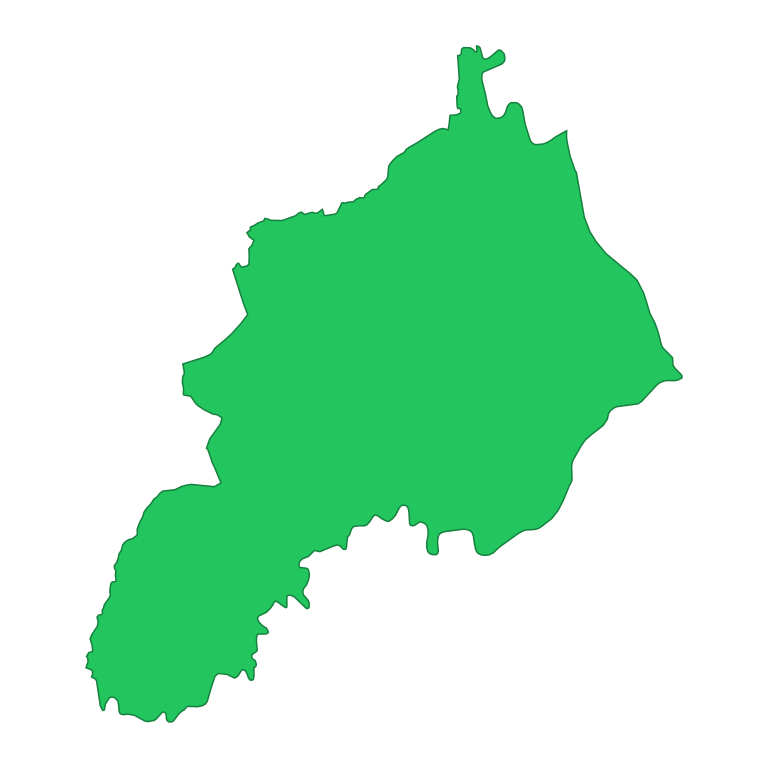 Dong Ha, Quảng Trị, Vietnam
{"feature_id": "81297802B80628180194499", "entity_name": "Dong Ha", "entity_type": "district", "adm_level": 2, "iso_a3": "VNM", "parent_name": "Vietnam", "parent_adm1": "Quảng Trị", "projection": "robinson", "projection_center": [107.071, 16.803], "detail": "fine", "context": "isolated", "style": "filled", "palette": "green", "viewbox_px": 768, "rotation_deg": 0, "n_neighbors": 0, "source": "geoboundaries", "source_scale": "gbopen_adm2", "svg_char_len": 6070}
<svg xmlns="http://www.w3.org/2000/svg" viewBox="0 0 768 768"><path d="M91.5,677.0L95.5,679.0L96.6,681.2L100.3,705.8L102.7,710.5L104.4,709.9L105.5,703.8L109.4,697.8L111.3,697.1L113.3,697.1L115.6,698.5L117.9,700.9L118.7,705.3L119.0,710.6L119.8,713.2L121.3,714.2L123.3,714.6L128.4,714.2L134.7,715.4L144.9,721.1L147.9,721.6L154.2,720.4L156.2,719.0L162.4,712.2L163.7,712.0L165.4,712.9L166.3,715.1L166.3,718.3L167.1,720.6L168.8,721.9L171.6,721.9L173.5,720.9L179.2,713.4L181.9,711.2L184.3,709.8L186.0,707.6L187.6,706.4L197.5,706.7L202.4,705.7L205.5,703.8L207.3,701.3L210.7,689.3L214.9,676.5L217.8,673.7L219.8,673.6L227.1,674.4L234.5,678.0L236.2,677.3L238.1,675.8L241.6,670.2L242.9,669.6L245.3,670.8L246.9,673.4L248.6,678.2L250.1,680.1L252.5,680.1L253.4,679.2L254.0,675.6L253.9,667.9L254.6,667.1L255.3,666.9L256.1,665.7L256.3,664.4L255.6,661.6L254.9,660.3L253.2,659.4L251.9,657.7L251.6,655.5L253.3,653.6L256.6,651.4L257.2,650.2L256.5,642.1L256.5,638.0L257.0,635.3L258.0,634.1L266.4,633.9L268.0,632.9L268.3,632.1L267.6,630.0L266.3,628.1L262.4,625.7L258.5,621.5L257.6,618.7L257.7,617.5L258.7,616.0L266.3,612.4L270.4,608.3L273.0,604.7L274.2,602.0L275.5,601.3L277.5,601.8L282.8,605.9L285.5,607.6L286.2,607.6L286.8,607.1L286.9,605.6L286.8,596.4L287.9,595.3L290.8,595.3L294.2,596.7L306.4,608.5L308.1,608.5L309.1,607.3L309.2,603.0L308.1,600.3L303.8,595.3L303.0,593.5L302.9,591.1L303.8,588.3L306.5,584.9L308.4,580.3L309.3,576.5L309.3,573.6L308.7,570.9L307.8,569.0L306.8,568.3L300.3,567.5L299.3,566.5L298.8,565.1L299.6,561.8L301.0,560.0L302.5,558.8L308.5,556.4L314.2,550.7L315.8,550.6L317.8,551.4L320.1,551.6L332.8,546.3L337.4,544.9L339.8,545.8L343.3,549.2L345.5,549.4L346.3,548.2L347.4,537.3L349.4,535.0L351.6,528.9L352.8,527.2L354.4,526.3L358.9,525.8L364.6,525.8L366.9,524.8L369.4,522.1L373.4,516.1L375.0,515.0L377.6,515.6L381.6,518.6L384.8,520.3L387.5,521.4L389.3,521.0L392.4,518.8L395.4,515.4L398.9,508.6L400.9,505.8L402.3,505.3L405.3,505.3L406.8,506.2L408.2,508.2L409.0,512.8L409.6,523.3L410.4,525.3L412.2,525.8L414.7,525.3L419.3,522.1L421.6,522.1L425.2,523.8L427.0,526.0L428.1,530.1L428.1,534.9L426.7,542.9L426.7,547.5L427.8,551.6L430.1,553.9L433.3,554.7L436.4,554.6L437.7,553.4L438.3,551.1L437.5,541.4L438.0,537.5L439.1,534.4L441.1,532.9L444.4,531.7L464.1,529.1L467.7,529.8L470.6,531.0L472.1,532.7L473.4,536.1L474.5,544.0L475.7,549.6L477.2,552.5L479.1,553.9L481.9,555.1L485.8,555.3L489.3,554.8L493.5,552.7L499.2,547.2L517.7,533.9L522.9,530.9L526.0,530.0L534.3,529.5L538.3,528.5L541.8,526.3L551.9,518.4L557.9,510.7L563.0,501.1L569.0,486.5L571.7,481.3L572.0,478.6L571.6,466.3L572.4,461.8L573.4,459.5L581.6,445.1L585.6,439.6L591.5,434.5L603.1,425.5L607.3,419.3L608.6,413.4L610.5,410.6L613.7,408.1L616.8,406.7L638.1,403.8L641.6,401.4L657.2,384.6L660.3,382.4L664.4,380.9L668.4,380.5L674.8,380.7L678.8,379.7L682.0,377.8L681.9,375.8L681.1,374.5L675.4,368.8L673.0,365.3L672.5,357.6L663.2,348.3L661.9,346.1L660.6,342.3L659.8,338.2L657.8,331.2L655.0,323.3L650.1,313.7L643.7,293.2L637.1,280.2L630.8,274.2L606.0,253.6L596.0,241.5L590.0,231.9L584.3,217.2L576.4,172.6L574.9,169.9L570.1,156.2L567.2,142.3L566.5,136.9L566.6,130.7L556.0,136.6L549.8,141.0L546.7,142.7L543.1,144.0L536.5,144.6L534.3,144.3L532.2,143.0L530.4,140.8L525.2,124.3L522.7,110.5L521.6,106.9L518.9,104.0L516.5,102.7L511.0,102.7L509.1,104.2L507.5,106.2L505.4,112.7L503.5,115.8L501.2,117.4L498.4,118.2L495.4,118.2L492.4,115.8L490.3,112.2L487.8,106.1L485.6,94.9L481.9,80.0L481.8,75.5L482.1,74.0L483.2,72.1L501.6,64.1L503.6,62.4L504.8,60.1L504.8,56.9L504.1,53.8L500.8,50.4L499.5,50.0L498.3,50.2L490.4,56.9L487.4,58.7L484.8,59.1L483.7,58.7L482.7,57.5L480.0,47.6L478.1,46.1L476.5,46.1L476.9,51.1L476.3,52.1L474.9,51.7L474.0,50.1L470.2,47.8L463.7,47.6L462.1,48.6L461.4,50.0L461.2,53.9L459.5,55.5L457.7,55.6L459.3,79.2L457.6,85.5L457.5,87.6L458.2,90.7L458.0,94.4L457.8,95.3L456.7,96.2L457.1,105.8L457.6,108.0L457.9,108.5L460.4,108.6L460.8,111.5L460.5,113.0L457.1,114.6L455.3,115.0L450.4,115.2L449.9,116.0L449.2,123.6L448.1,129.8L443.1,128.5L439.3,129.2L434.6,131.5L416.9,142.9L408.8,147.5L406.4,149.4L403.9,152.7L397.1,156.3L393.2,160.1L390.1,163.8L388.7,166.3L387.7,177.1L387.0,178.6L386.1,180.0L380.5,185.2L378.5,186.5L377.9,188.9L376.8,189.4L373.2,189.4L371.8,189.9L365.3,194.6L364.3,197.6L361.6,198.0L359.5,197.6L355.5,199.7L354.7,200.8L352.9,201.8L347.3,202.3L345.0,203.3L342.9,202.6L341.5,203.2L340.9,205.1L336.9,213.0L335.2,214.1L325.4,215.6L323.9,215.4L323.4,212.1L322.3,209.3L318.1,212.6L316.7,213.2L315.0,213.2L311.9,212.3L304.5,214.5L302.0,212.4L300.6,212.2L298.5,213.3L295.9,215.6L282.3,220.5L270.6,220.3L268.1,219.1L264.7,218.5L263.7,220.9L258.1,222.9L254.3,225.4L250.6,227.0L250.2,227.7L250.6,230.1L249.4,230.6L246.9,232.7L249.6,237.2L254.0,240.3L251.8,245.4L248.9,248.7L249.2,256.3L248.9,264.2L246.4,266.4L244.9,266.3L242.2,267.2L240.9,266.6L238.8,263.5L237.8,263.3L236.3,264.7L235.0,267.6L232.6,269.3L243.5,303.5L247.7,314.6L241.0,323.4L232.2,333.2L225.7,339.2L215.0,348.1L212.4,352.3L210.2,354.4L204.4,357.1L182.8,364.0L184.2,371.4L184.2,373.4L183.8,375.0L182.9,376.1L182.3,382.2L183.6,388.6L183.3,394.1L183.8,395.0L190.6,396.2L195.9,403.7L198.3,405.9L204.1,409.7L212.4,413.9L217.2,414.8L222.0,417.7L220.3,424.2L209.7,439.0L206.5,448.2L207.6,449.1L210.7,457.5L212.0,462.1L214.3,466.8L221.0,482.9L214.3,486.7L191.2,484.4L186.9,485.1L181.5,486.5L175.0,489.7L162.7,491.1L160.0,493.2L157.0,496.9L154.0,499.0L150.6,504.2L147.0,507.8L144.0,512.2L142.8,516.7L139.9,521.9L137.5,528.2L137.2,529.3L137.3,533.8L137.0,535.2L132.7,538.6L128.5,539.7L124.6,542.4L122.7,544.9L121.4,550.0L119.0,554.0L118.4,557.6L116.8,562.2L114.2,566.0L114.5,568.1L115.9,571.1L115.4,575.2L116.2,580.9L116.0,581.3L112.0,582.1L111.5,582.5L110.7,584.6L110.0,589.1L109.9,592.1L110.4,595.1L109.1,598.0L105.0,603.7L103.9,605.9L103.5,608.1L102.2,610.2L102.5,613.2L101.5,614.5L98.3,615.3L97.0,617.3L97.9,620.2L98.1,622.6L97.3,626.4L91.9,634.5L90.1,638.7L92.0,645.0L92.5,648.8L92.5,651.8L89.7,652.2L88.7,652.7L86.5,656.5L87.6,657.8L88.1,661.6L86.0,667.7L91.6,670.0L92.4,671.0L92.6,674.5L91.5,677.0Z" fill="#22c55e" stroke="#15803d" stroke-width="1.5"/></svg>